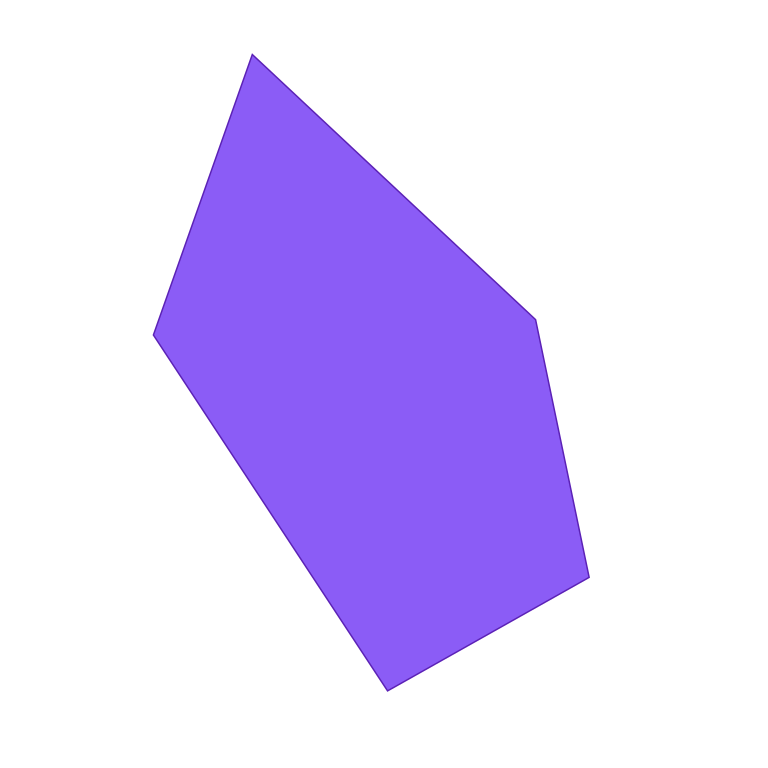 map outline of Mont Buxton (orthographic projection), rotated 190°
{"feature_id": "SYC-5214", "entity_name": "Mont Buxton", "entity_type": "state/province", "adm_level": 1, "iso_a3": "SYC", "parent_name": "Seychelles", "parent_adm1": "", "projection": "orthographic", "projection_center": [55.442, -4.613], "detail": "fine", "context": "isolated", "style": "filled", "palette": "violet", "viewbox_px": 768, "rotation_deg": 190, "n_neighbors": 0, "source": "natural_earth", "source_scale": "10m", "svg_char_len": 242}
<svg xmlns="http://www.w3.org/2000/svg" viewBox="0 0 768 768"><g transform="rotate(190 384 384)"><path d="M245.9,473.7L148.4,229.2L327.2,82.4L619.6,392.2L570.9,685.6L245.9,473.7Z" fill="#8b5cf6" stroke="#5b21b6" stroke-width="1.5"/></g></svg>